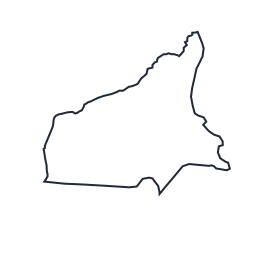 outline of Gbehlay-Geh, Nimba, Liberia, rotated 253°
{"feature_id": "62588387B4114270001160", "entity_name": "Gbehlay-Geh", "entity_type": "district", "adm_level": 2, "iso_a3": "LBR", "parent_name": "Liberia", "parent_adm1": "Nimba", "projection": "robinson", "projection_center": [-8.457, 7.361], "detail": "fine", "context": "isolated", "style": "outline", "palette": "slate", "viewbox_px": 256, "rotation_deg": 253, "n_neighbors": 0, "source": "geoboundaries", "source_scale": "gbopen_adm2", "svg_char_len": 2034}
<svg xmlns="http://www.w3.org/2000/svg" viewBox="0 0 256 256"><g transform="rotate(253 128 128)"><path d="M59.3,213.5L65.5,213.6L67.2,211.4L72.3,207.2L73.2,207.3L78.4,206.8L83.9,209.5L83.9,213.6L87.5,214.6L90.1,213.9L92.4,213.2L93.2,213.0L96.3,208.5L96.8,208.1L98.0,207.1L100.1,205.4L101.4,204.4L105.6,202.4L107.0,201.8L107.5,201.6L109.0,200.8L110.4,203.2L111.3,204.7L114.6,203.8L116.1,203.4L119.5,198.6L122.6,196.1L130.5,196.4L139.6,197.4L140.6,197.9L145.6,200.2L147.2,200.9L151.8,203.5L154.5,205.1L164.7,210.8L168.0,214.0L174.6,220.2L175.1,220.4L182.2,223.7L187.6,223.7L199.6,222.7L199.5,221.0L199.7,220.0L200.3,217.3L198.4,216.8L197.9,215.2L198.1,212.6L196.7,211.0L193.7,210.0L193.4,207.6L190.1,208.5L188.5,204.8L186.0,204.0L185.3,203.7L183.6,201.2L181.8,198.0L182.0,197.8L183.0,196.7L183.6,196.1L184.0,195.3L184.6,194.5L185.1,193.5L185.9,191.1L187.6,188.6L187.3,186.2L188.1,183.6L187.0,179.8L186.3,177.1L184.5,175.7L183.1,175.2L183.0,174.1L182.9,172.7L181.1,169.8L178.6,169.1L178.9,164.1L174.5,161.7L173.1,158.9L171.5,155.1L169.6,152.8L168.4,151.3L168.1,151.1L167.3,149.9L166.9,146.4L166.9,142.4L167.2,140.8L166.2,137.9L166.1,137.6L165.1,134.0L166.3,130.6L165.9,129.3L165.8,128.9L165.3,122.4L165.6,117.2L165.8,114.6L165.6,108.2L164.3,99.7L164.3,97.4L164.2,97.2L163.4,94.8L163.3,93.2L161.3,91.9L159.6,90.2L158.4,89.0L158.1,86.2L157.3,84.0L157.3,81.7L159.6,79.7L160.7,74.7L161.0,68.2L161.3,65.9L160.9,62.8L159.5,60.6L157.2,59.1L153.9,57.8L151.1,56.3L143.2,49.8L135.2,43.2L133.3,42.9L132.7,41.2L125.1,40.2L122.5,39.8L116.9,39.3L116.1,39.2L111.1,37.9L107.0,37.5L105.2,36.9L101.6,32.9L101.2,32.3L93.3,51.0L90.3,59.5L87.3,68.0L79.2,89.9L78.2,92.5L73.4,105.3L70.9,111.8L70.2,115.5L69.5,119.3L75.1,127.2L74.4,133.3L74.4,133.5L72.6,136.7L71.8,137.0L70.1,137.5L63.8,139.9L57.6,139.4L55.7,138.9L59.0,143.9L59.4,144.4L67.0,156.2L75.4,169.1L75.5,170.4L75.5,171.1L75.7,175.8L72.2,184.4L68.2,194.2L67.9,196.4L67.9,196.8L67.1,198.0L66.5,198.9L64.7,199.9L63.6,200.4L58.7,210.1L59.3,213.5Z" fill="none" stroke="#1e293b" stroke-width="2"/></g></svg>